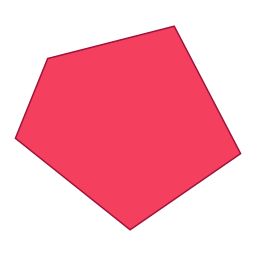 the district of Kagan, Bukhoro, Uzbekistan
{"feature_id": "79887680B8503255979419", "entity_name": "Kagan", "entity_type": "district", "adm_level": 2, "iso_a3": "UZB", "parent_name": "Uzbekistan", "parent_adm1": "Bukhoro", "projection": "natural_earth1", "projection_center": [64.547, 39.674], "detail": "fine", "context": "isolated", "style": "filled", "palette": "rose", "viewbox_px": 256, "rotation_deg": 0, "n_neighbors": 0, "source": "geoboundaries", "source_scale": "gbopen_adm2", "svg_char_len": 200}
<svg xmlns="http://www.w3.org/2000/svg" viewBox="0 0 256 256"><path d="M240.6,153.6L174.2,26.2L47.7,58.5L15.4,138.3L130.1,229.8L240.6,153.6Z" fill="#f43f5e" stroke="#9f1239" stroke-width="1.5"/></svg>